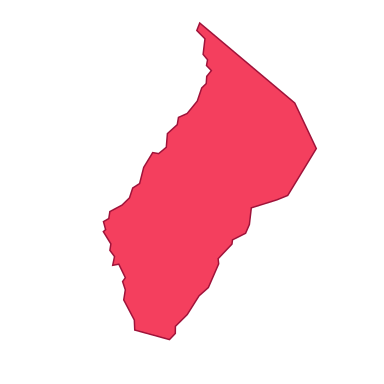 outline of San Augustine, Texas, United States of America, rotated 32°
{"feature_id": "52423323B87261257392916", "entity_name": "San Augustine", "entity_type": "district", "adm_level": 2, "iso_a3": "USA", "parent_name": "United States of America", "parent_adm1": "Texas", "projection": "equal_earth", "projection_center": [-94.22, 31.376], "detail": "fine", "context": "isolated", "style": "filled", "palette": "rose", "viewbox_px": 384, "rotation_deg": 32, "n_neighbors": 0, "source": "geoboundaries", "source_scale": "gbopen_adm2", "svg_char_len": 842}
<svg xmlns="http://www.w3.org/2000/svg" viewBox="0 0 384 384"><g transform="rotate(32 192 192)"><path d="M137.8,272.6L150.7,279.0L153.3,285.0L160.5,287.8L163.6,296.2L168.2,292.0L180.9,300.0L180.6,304.7L187.3,310.3L191.3,319.7L210.9,331.1L216.6,339.4L251.1,329.1L252.8,320.8L249.1,314.7L252.9,298.5L253.0,276.3L256.5,264.4L252.7,238.8L249.5,234.7L253.5,215.0L251.7,211.1L259.3,198.6L257.9,189.2L250.7,174.0L268.2,153.6L275.0,144.2L274.4,89.3L232.0,62.1L109.0,44.6L110.5,52.5L121.8,55.2L128.5,69.4L135.1,71.6L137.3,77.1L144.1,78.8L143.2,86.1L146.6,92.5L145.1,98.6L148.3,112.1L146.3,128.0L141.0,135.9L143.8,142.7L140.2,155.5L146.5,167.7L143.4,177.1L137.8,179.4L138.0,196.7L143.1,212.6L139.6,220.0L142.1,230.1L139.6,240.2L132.7,252.1L135.5,258.6L132.6,264.0L138.7,269.7L137.8,272.6Z" fill="#f43f5e" stroke="#9f1239" stroke-width="1.5"/></g></svg>